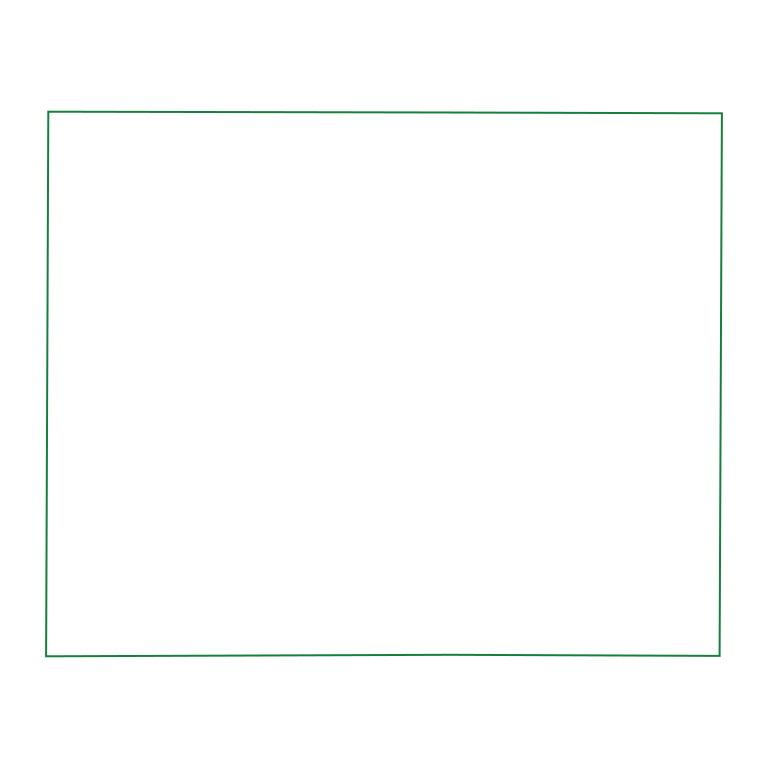 the district of Crawford, Iowa, United States of America
{"feature_id": "52423323B13342583421371", "entity_name": "Crawford", "entity_type": "district", "adm_level": 2, "iso_a3": "USA", "parent_name": "United States of America", "parent_adm1": "Iowa", "projection": "mercator", "projection_center": [-95.353, 42.037], "detail": "fine", "context": "isolated", "style": "outline", "palette": "green", "viewbox_px": 768, "rotation_deg": 0, "n_neighbors": 0, "source": "geoboundaries", "source_scale": "gbopen_adm2", "svg_char_len": 221}
<svg xmlns="http://www.w3.org/2000/svg" viewBox="0 0 768 768"><path d="M721.9,113.3L451.7,112.5L48.3,111.7L46.1,656.3L180.2,655.8L450.2,654.8L719.6,655.9L721.9,113.3Z" fill="none" stroke="#15803d" stroke-width="2"/></svg>